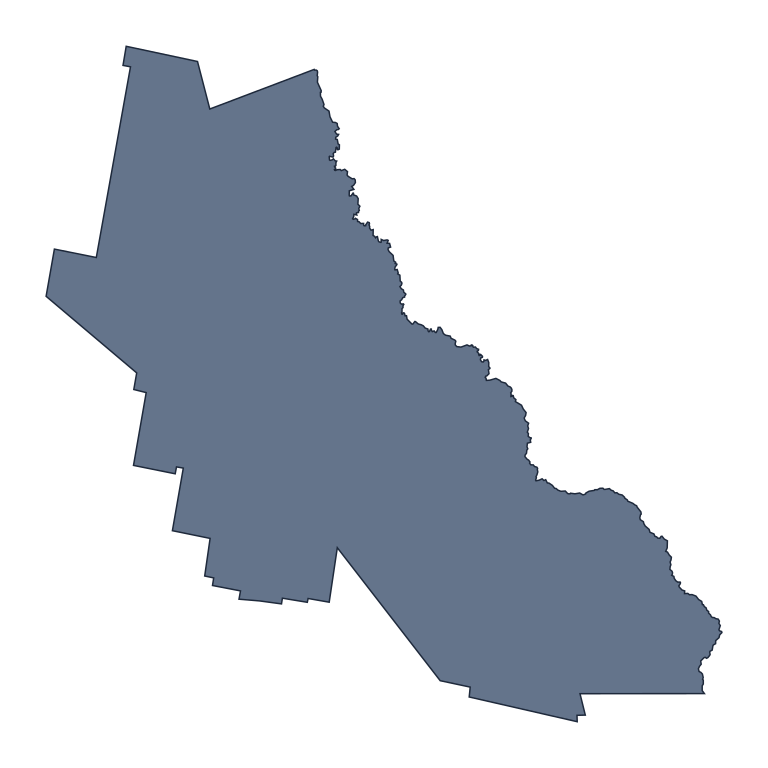 Sarmiento, Santiago del Estero, Argentina (Natural Earth projection)
{"feature_id": "61730980B44188734520902", "entity_name": "Sarmiento", "entity_type": "district", "adm_level": 2, "iso_a3": "ARG", "parent_name": "Argentina", "parent_adm1": "Santiago del Estero", "projection": "natural_earth1", "projection_center": [-63.319, -28.083], "detail": "fine", "context": "isolated", "style": "filled", "palette": "slate", "viewbox_px": 768, "rotation_deg": 0, "n_neighbors": 0, "source": "geoboundaries", "source_scale": "gbopen_adm2", "svg_char_len": 6112}
<svg xmlns="http://www.w3.org/2000/svg" viewBox="0 0 768 768"><path d="M703.3,680.1L702.6,679.4L703.2,677.5L702.4,674.0L700.9,672.4L699.1,671.5L698.4,668.8L699.5,666.3L701.2,664.2L700.7,661.0L704.0,657.7L705.1,657.3L706.6,658.3L708.0,657.5L709.6,655.5L710.1,654.5L709.7,652.0L710.0,651.3L712.2,650.1L712.9,645.8L713.4,644.9L715.6,643.7L715.7,640.6L719.0,637.7L719.7,634.8L721.9,632.6L721.6,631.5L719.7,630.9L718.9,629.8L720.3,625.6L718.9,623.4L719.4,621.1L718.2,619.1L715.9,618.7L714.2,617.6L712.5,617.5L711.3,616.7L710.5,614.9L708.6,613.1L708.6,611.5L706.9,610.3L706.0,607.7L704.4,606.7L703.4,604.7L702.4,604.6L701.7,601.4L698.6,599.5L696.0,596.1L692.1,594.6L689.4,594.7L687.8,593.4L684.5,593.6L684.7,590.9L682.0,590.0L679.3,587.1L678.8,585.9L680.0,584.2L680.5,582.9L680.2,582.1L677.7,582.1L675.8,580.7L674.2,578.3L673.9,576.4L671.7,575.3L672.4,574.1L672.5,572.5L672.0,571.2L669.9,569.4L670.2,566.5L670.9,564.8L670.1,562.0L671.0,560.0L671.4,557.2L669.2,555.0L667.5,552.1L665.7,551.4L667.2,547.9L667.4,540.8L664.3,539.1L662.0,536.2L661.1,536.4L659.8,538.3L657.7,538.1L656.7,536.9L654.9,536.3L653.9,533.9L650.0,532.3L649.1,529.4L645.1,525.9L643.8,523.5L643.4,521.7L640.3,519.7L639.8,517.8L640.5,514.7L641.2,514.1L640.9,511.9L637.2,507.2L636.6,505.7L635.0,505.0L632.8,503.3L627.8,501.2L627.3,499.9L624.7,498.1L624.6,497.3L622.2,495.0L618.7,494.2L616.9,492.7L614.9,492.9L613.1,490.8L611.3,490.3L609.4,488.6L605.1,489.4L604.1,489.4L602.9,488.2L599.9,488.3L597.4,489.7L594.8,489.7L594.3,490.4L589.1,491.2L585.9,493.0L585.6,493.9L583.6,494.8L582.8,494.8L579.7,493.0L574.9,493.8L570.5,493.2L570.1,493.8L568.7,493.8L567.6,493.5L565.3,491.0L560.9,491.3L557.9,490.1L556.1,488.5L554.6,488.3L552.4,485.4L549.0,483.1L547.3,482.9L545.7,479.7L543.9,480.5L542.1,478.8L539.1,480.2L536.0,480.8L535.6,480.1L536.4,477.7L536.0,476.8L537.0,474.7L537.8,471.9L537.3,469.5L537.6,468.4L536.9,467.2L534.5,466.5L533.3,464.9L530.8,464.8L529.6,463.2L530.0,462.0L528.6,460.1L527.1,459.2L524.9,456.6L525.1,455.1L526.5,453.2L526.8,450.2L527.8,448.8L527.0,446.8L527.4,443.2L530.7,442.3L530.3,439.9L531.2,438.4L531.1,437.8L529.8,437.6L528.2,436.3L528.4,433.5L527.3,432.2L528.5,428.5L527.7,425.9L528.6,423.2L525.4,420.9L524.3,418.6L524.3,417.7L525.6,415.5L526.1,412.6L523.2,408.9L521.5,405.2L515.4,401.6L515.9,399.6L513.8,397.9L513.2,395.6L512.1,395.4L511.9,396.3L510.9,396.5L511.1,393.9L510.7,392.9L511.9,391.2L511.9,389.5L511.3,388.1L510.3,387.0L507.9,386.0L505.6,383.1L501.2,381.9L499.8,380.4L495.9,378.4L489.7,380.2L486.4,380.4L486.0,378.2L485.2,377.4L485.7,376.2L486.8,375.9L489.0,373.7L488.4,369.6L489.9,368.5L489.9,367.9L488.7,366.6L488.8,362.6L487.6,359.5L485.7,360.4L484.0,359.9L483.8,361.5L483.1,362.0L481.6,361.7L480.4,359.8L480.7,358.0L482.4,357.3L482.5,356.3L480.6,354.4L479.8,354.8L479.9,355.4L479.1,355.5L478.7,354.6L478.9,353.6L477.2,351.9L477.2,351.2L478.4,350.5L478.6,349.3L476.7,348.6L475.4,347.0L473.4,347.2L472.9,346.6L472.8,345.6L471.9,344.9L471.3,345.0L471.3,345.7L469.4,346.0L467.0,344.9L461.0,347.1L456.8,346.6L455.3,345.0L455.2,343.7L455.8,341.2L454.9,340.1L451.1,338.3L450.2,336.1L445.6,335.2L444.3,334.3L443.3,333.4L441.9,329.7L440.1,327.3L438.2,327.4L437.8,329.4L436.2,332.5L435.4,332.5L434.1,330.9L432.3,331.6L431.3,329.9L431.3,329.1L430.5,329.1L429.5,331.5L428.7,331.7L428.1,330.9L427.9,329.0L425.2,328.1L423.3,325.8L421.1,324.7L418.3,324.0L415.5,321.6L414.8,321.5L412.8,324.1L411.9,324.0L407.1,319.2L406.5,315.7L405.1,315.8L404.5,313.4L403.9,312.8L403.2,312.9L402.5,314.2L401.9,314.2L401.5,312.9L402.0,311.6L402.0,308.6L403.0,307.6L403.0,305.7L403.8,304.4L403.4,303.9L401.5,304.1L400.7,303.5L400.2,302.9L400.1,301.0L401.7,299.7L402.7,297.7L404.6,297.1L404.6,296.1L405.8,294.4L405.7,293.8L403.8,292.3L403.4,290.0L401.3,288.7L399.9,286.6L401.3,285.2L401.9,283.6L401.7,282.4L400.2,281.0L399.9,275.2L397.7,273.9L398.2,272.9L397.2,269.5L395.0,269.9L394.7,269.2L395.1,267.0L396.9,264.6L396.8,264.0L395.2,263.5L395.7,262.3L393.8,260.9L393.1,255.4L389.1,251.6L388.0,249.4L388.3,247.9L390.6,247.1L389.6,243.4L387.1,243.2L388.2,240.4L387.1,239.9L383.6,240.5L381.2,239.4L381.2,242.1L380.9,242.4L379.1,241.9L378.4,241.1L377.4,236.6L376.4,236.9L375.5,237.8L374.6,236.3L373.1,235.5L373.2,229.6L371.1,230.2L369.6,228.1L369.7,226.4L369.0,224.8L369.5,223.8L369.2,222.6L367.6,222.1L365.7,224.9L365.7,225.7L364.2,225.8L363.7,225.2L363.6,223.4L360.7,223.5L359.0,221.7L357.6,221.5L357.5,219.5L355.4,218.3L355.1,218.8L353.3,219.3L352.6,218.8L353.7,216.6L353.9,214.3L356.8,215.0L356.3,213.3L356.5,212.8L358.5,212.5L358.5,211.2L359.3,210.5L358.8,208.5L359.9,206.2L357.9,204.2L358.2,198.6L356.6,196.0L353.6,194.9L353.5,193.3L353.1,193.0L351.0,195.9L349.4,195.9L349.2,195.1L349.3,190.8L353.9,189.4L351.7,186.4L353.5,185.4L355.4,182.6L355.2,179.9L354.1,178.6L352.2,178.8L348.1,176.3L347.1,175.0L347.5,171.6L344.7,169.3L341.3,170.6L340.2,169.5L337.2,169.7L335.5,170.5L334.7,170.3L334.4,169.6L335.6,168.9L335.7,168.2L334.5,166.8L334.5,166.2L335.3,166.2L335.9,165.5L335.9,162.6L336.7,161.1L335.1,160.8L333.4,158.8L332.1,159.9L330.1,160.4L329.5,160.0L329.2,156.8L329.5,156.3L333.0,157.1L333.6,156.0L333.2,153.6L334.2,152.4L335.4,152.2L336.0,147.5L336.6,147.2L337.3,148.0L337.4,149.4L337.9,149.8L339.3,149.1L339.4,144.8L338.1,143.9L337.3,139.5L335.6,139.1L335.7,137.3L337.7,136.0L338.6,134.4L336.6,134.1L334.9,131.5L336.8,129.7L338.4,129.5L339.2,128.7L337.5,126.2L337.2,123.5L335.5,122.5L332.6,122.2L330.0,116.8L329.0,111.1L324.3,107.9L323.3,106.3L324.0,104.5L322.2,99.3L320.5,96.2L320.4,92.4L321.1,92.2L321.2,90.6L317.4,82.2L317.8,76.7L317.2,75.7L317.6,72.1L317.2,70.7L316.3,70.1L314.5,70.1L314.2,69.4L209.8,109.0L197.5,61.5L126.2,46.3L123.0,65.4L130.5,66.8L96.3,257.5L54.4,249.1L46.1,296.3L136.7,372.9L133.8,389.5L146.2,392.6L133.5,465.4L175.2,473.8L176.5,466.9L183.3,468.1L172.4,530.7L210.1,538.4L204.7,576.0L213.7,577.9L212.5,585.5L240.5,590.9L239.0,599.2L259.4,600.9L281.5,603.9L282.4,598.2L307.3,602.3L308.1,598.5L329.2,602.2L337.3,547.7L440.2,680.7L470.2,687.1L469.2,697.0L577.2,721.7L577.0,715.3L585.3,715.1L580.0,693.7L704.4,693.6L702.2,690.6L702.2,685.8L703.3,684.0L703.3,680.1Z" fill="#64748b" stroke="#1e293b" stroke-width="1.5"/></svg>